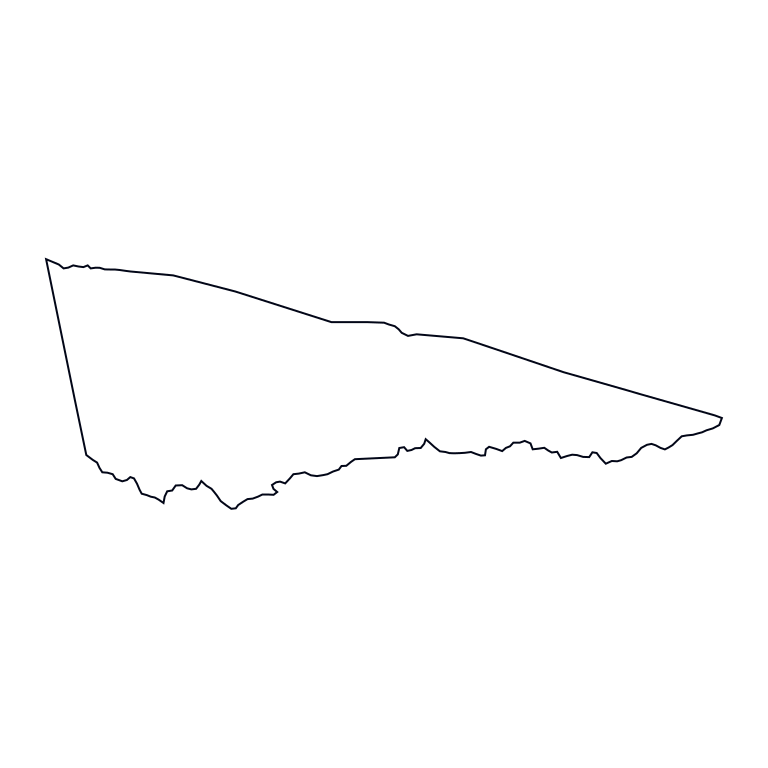 outline of Caém, Bahia, Brazil
{"feature_id": "56859067B11193862003902", "entity_name": "Caém", "entity_type": "district", "adm_level": 2, "iso_a3": "BRA", "parent_name": "Brazil", "parent_adm1": "Bahia", "projection": "albers", "projection_center": [-40.25, -11.139], "detail": "fine", "context": "isolated", "style": "outline", "palette": "ink", "viewbox_px": 768, "rotation_deg": 0, "n_neighbors": 0, "source": "geoboundaries", "source_scale": "gbopen_adm2", "svg_char_len": 2211}
<svg xmlns="http://www.w3.org/2000/svg" viewBox="0 0 768 768"><path d="M173.2,275.4L130.6,271.5L125.9,270.9L119.7,270.0L114.6,269.5L109.7,269.5L104.8,269.4L99.7,267.8L95.7,267.7L90.7,268.4L87.7,265.4L83.4,267.1L78.5,266.5L73.2,265.4L68.3,267.6L63.6,268.4L58.8,264.5L46.1,259.2L74.9,400.2L86.3,455.0L92.8,459.9L97.1,462.6L99.5,467.9L102.3,472.3L107.4,472.7L112.7,474.2L115.7,478.9L122.3,481.3L126.9,480.0L130.3,477.1L134.0,478.4L137.0,483.7L139.6,489.8L141.7,493.7L146.8,495.1L150.8,496.7L154.8,497.5L158.6,499.6L163.5,503.0L164.7,496.5L167.2,491.3L172.2,490.5L175.7,485.5L182.2,485.2L187.1,488.3L191.4,489.4L196.1,488.8L199.3,484.6L201.3,481.0L206.5,485.8L211.5,488.8L214.0,491.8L216.9,495.5L220.7,501.1L226.1,505.2L231.3,508.8L235.8,508.3L238.2,505.0L243.2,501.7L247.5,499.1L252.7,498.6L258.1,496.6L262.4,494.5L267.7,494.5L273.6,494.8L277.2,492.0L273.5,488.9L272.0,485.0L276.1,482.3L280.0,481.6L285.2,483.4L289.9,478.4L293.4,474.2L298.8,473.6L304.8,472.3L310.9,475.3L317.0,476.1L323.2,475.1L327.5,474.2L333.1,471.5L338.8,469.6L341.5,466.0L346.3,465.8L351.0,461.9L354.9,459.2L394.8,457.3L397.8,454.4L399.3,448.0L404.1,447.2L407.3,450.9L411.5,450.0L415.1,448.2L420.7,448.0L424.2,443.8L425.7,439.2L429.4,442.4L434.3,446.9L439.9,451.3L445.5,452.0L449.4,453.1L454.1,453.3L460.0,453.1L464.9,452.8L471.0,452.0L475.9,453.9L480.9,455.6L485.0,455.3L485.9,449.3L489.1,446.8L496.2,448.9L502.2,451.1L505.9,447.9L510.0,446.3L513.3,442.7L519.7,442.7L524.7,440.9L530.5,443.4L532.7,449.3L538.3,448.7L544.3,447.8L548.2,450.5L551.8,452.5L557.2,451.8L560.9,458.0L567.1,456.0L572.2,454.7L577.1,455.1L583.1,456.9L589.2,457.1L592.4,452.3L596.7,453.0L600.4,458.0L605.8,463.7L611.8,461.0L617.2,461.3L621.1,460.2L626.6,457.5L631.7,456.9L636.7,453.3L641.2,447.9L647.0,444.8L651.5,443.9L655.7,445.3L660.5,447.9L664.9,449.4L668.6,447.5L672.5,445.1L676.8,440.9L681.7,436.3L686.9,435.4L693.0,434.8L697.9,433.4L702.1,432.3L706.5,430.3L712.8,428.4L719.3,425.0L721.9,418.0L714.8,415.4L639.7,394.0L627.8,390.5L563.6,372.2L550.9,367.9L491.5,347.8L463.2,338.3L416.6,334.3L408.0,335.9L401.7,332.8L398.7,329.3L394.8,326.2L388.9,324.5L384.1,322.7L366.5,322.1L331.3,322.1L235.3,291.5L173.2,275.4Z" fill="none" stroke="#020617" stroke-width="2"/></svg>